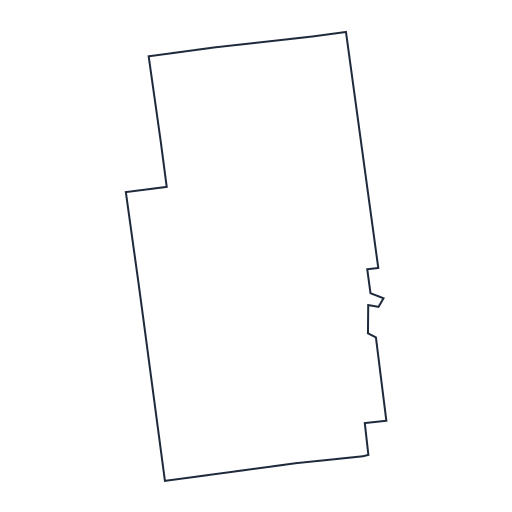 the district of Ogle, Illinois, United States of America, rotated 263°
{"feature_id": "52423323B31657722405352", "entity_name": "Ogle", "entity_type": "district", "adm_level": 2, "iso_a3": "USA", "parent_name": "United States of America", "parent_adm1": "Illinois", "projection": "albers", "projection_center": [-89.343, 42.045], "detail": "fine", "context": "isolated", "style": "outline", "palette": "slate", "viewbox_px": 512, "rotation_deg": 263, "n_neighbors": 0, "source": "geoboundaries", "source_scale": "gbopen_adm2", "svg_char_len": 448}
<svg xmlns="http://www.w3.org/2000/svg" viewBox="0 0 512 512"><g transform="rotate(263 256 256)"><path d="M467.4,372.6L467.0,339.3L468.1,240.4L467.3,173.8L381.3,175.4L335.5,175.8L335.3,134.6L242.5,136.1L209.1,136.5L43.9,138.2L45.5,270.5L44.2,337.8L44.9,343.3L76.9,343.6L76.6,365.3L160.6,365.1L165.6,357.7L193.6,361.4L190.6,371.4L198.5,377.4L205.1,365.1L229.3,364.8L229.2,375.9L467.4,372.6Z" fill="none" stroke="#1e293b" stroke-width="2"/></g></svg>